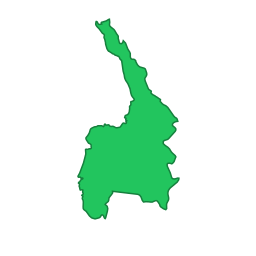 Niari, Albers equal-area conic projection, rotated 199°
{"feature_id": "COG-3345", "entity_name": "Niari", "entity_type": "Region", "adm_level": 1, "iso_a3": "COG", "parent_name": "Republic of the Congo", "parent_adm1": "", "projection": "albers", "projection_center": [12.665, -3.355], "detail": "fine", "context": "isolated", "style": "filled", "palette": "green", "viewbox_px": 256, "rotation_deg": 199, "n_neighbors": 0, "source": "natural_earth", "source_scale": "10m", "svg_char_len": 5475}
<svg xmlns="http://www.w3.org/2000/svg" viewBox="0 0 256 256"><g transform="rotate(199 128 128)"><path d="M181.0,224.8L179.7,222.0L179.2,219.8L178.9,219.1L178.3,218.5L177.4,218.0L173.5,216.6L172.4,215.9L169.4,213.3L167.8,212.2L167.1,211.6L166.4,209.5L165.2,207.8L164.7,206.9L163.4,205.3L161.8,205.5L160.8,206.9L160.9,209.0L158.0,207.5L153.9,202.6L151.4,200.6L150.1,199.2L149.0,196.1L148.1,194.8L147.1,194.3L146.3,194.4L145.6,194.7L144.6,194.9L143.7,194.7L142.6,194.1L142.3,193.4L140.6,191.7L139.4,190.7L138.7,190.3L137.8,189.9L137.1,189.7L136.6,189.6L132.5,189.8L132.1,189.8L131.6,189.7L131.0,189.5L130.5,189.0L128.2,186.0L127.8,185.0L127.6,184.5L127.6,184.0L127.6,183.5L128.2,180.5L128.2,180.1L128.0,179.6L127.6,179.0L127.0,178.0L121.7,171.9L121.2,171.5L120.5,171.1L118.3,170.6L118.0,170.3L117.8,169.9L117.8,169.5L117.8,169.1L117.8,168.9L117.8,168.7L117.4,168.4L116.8,168.1L115.4,167.6L114.6,167.4L113.4,167.3L111.8,166.8L110.2,166.5L108.3,165.9L107.0,165.6L106.6,165.5L106.5,165.1L106.4,164.8L106.4,164.0L106.3,163.7L106.0,163.4L104.9,163.0L103.8,162.2L102.0,161.6L99.9,161.4L99.3,161.3L97.1,160.4L88.6,154.2L86.8,153.3L85.4,153.1L84.8,152.7L84.4,152.4L83.1,150.5L84.2,150.0L85.6,149.0L86.7,147.7L87.2,146.3L86.8,144.9L85.5,144.3L84.1,143.8L82.7,143.0L82.1,141.7L82.3,140.2L85.9,131.7L86.7,130.2L89.5,128.1L90.3,126.8L89.6,124.7L87.2,123.6L84.2,122.8L81.9,121.7L79.4,119.6L78.0,118.8L74.5,117.3L74.0,116.9L73.4,116.4L73.3,116.1L73.4,115.8L73.5,111.4L73.8,110.3L74.6,108.7L75.3,108.3L76.1,108.4L77.6,108.2L79.1,107.3L79.1,105.9L78.2,104.4L73.4,99.3L71.2,96.2L70.2,95.0L68.9,94.6L67.1,95.1L64.6,96.9L63.5,97.1L63.2,95.6L63.8,93.2L63.9,92.8L68.5,85.2L69.1,83.6L69.4,82.3L69.4,81.0L69.1,79.4L68.5,78.0L66.9,75.4L66.4,74.1L66.3,73.0L66.8,69.5L66.6,68.1L65.2,64.4L65.7,63.1L65.8,63.1L68.2,63.2L71.4,64.1L72.2,64.6L72.6,65.1L72.9,65.6L73.4,66.2L75.5,67.8L76.7,68.5L77.7,68.5L78.8,67.9L80.9,65.9L82.3,65.4L84.6,64.9L87.2,64.1L89.2,63.1L89.9,63.5L91.0,64.3L93.2,67.0L95.1,68.3L97.1,68.5L122.1,63.1L121.4,61.7L121.9,59.7L122.7,57.5L123.2,55.7L122.7,53.1L122.8,52.1L123.3,51.2L124.4,49.4L124.7,48.3L122.2,47.2L120.9,45.2L120.4,42.6L119.9,35.8L120.1,34.9L120.8,35.1L121.6,35.9L122.8,37.2L123.9,37.5L124.7,37.1L125.0,36.4L125.0,35.7L125.1,35.2L125.5,34.4L125.8,34.0L126.2,33.6L129.3,31.5L130.0,31.3L133.1,31.2L135.8,32.3L140.0,35.3L140.2,35.5L142.9,36.4L144.0,37.1L144.7,38.7L146.1,43.3L146.7,44.6L147.0,45.1L148.0,46.0L148.3,46.4L148.5,47.9L148.4,47.9L148.4,48.2L148.4,48.6L148.5,48.9L149.7,49.2L149.7,49.6L149.4,50.0L149.3,50.3L149.0,50.8L148.9,51.2L149.1,51.6L149.9,52.4L150.1,52.8L150.2,53.5L150.5,54.6L151.4,54.6L152.9,53.8L153.4,54.3L154.6,56.3L155.2,57.0L155.5,58.7L155.7,59.2L156.2,59.7L156.5,59.7L156.8,59.7L157.0,60.5L156.5,61.0L156.1,61.5L156.0,62.2L155.9,62.7L155.8,63.3L155.5,63.8L155.2,64.3L154.5,64.8L154.2,65.4L154.4,65.8L155.2,65.8L155.9,65.0L156.4,65.5L156.8,65.9L157.2,66.0L157.6,65.9L158.1,65.6L158.5,65.4L159.0,65.4L159.3,65.7L159.6,66.1L159.5,66.7L159.0,69.6L158.7,80.4L159.4,89.4L159.7,90.4L161.0,93.4L161.1,93.8L160.9,94.2L160.4,94.4L159.4,94.6L158.9,94.8L158.1,95.6L157.6,95.8L156.7,96.2L156.4,96.4L156.2,96.7L156.2,97.2L156.4,97.6L156.8,98.4L157.1,99.3L157.3,99.8L157.5,100.1L157.9,100.4L159.3,100.8L160.2,100.8L160.6,101.0L163.5,103.3L164.0,103.8L164.3,104.3L164.5,104.8L164.5,105.3L164.4,105.6L163.6,107.7L163.0,110.6L163.1,114.4L162.9,115.1L162.4,115.9L160.2,118.1L158.4,119.0L157.8,119.5L157.2,120.3L156.2,120.7L155.8,120.8L155.4,120.9L153.9,121.5L153.4,121.6L153.0,121.5L152.1,121.3L151.7,121.3L151.4,121.8L151.4,123.6L151.3,123.9L151.2,124.1L150.7,124.2L150.4,124.0L150.0,123.6L149.6,123.6L149.1,123.8L148.2,124.3L147.7,124.6L147.2,124.7L146.9,124.6L146.1,124.0L145.8,123.9L145.4,123.9L145.0,123.9L144.4,124.0L144.2,124.1L143.1,124.6L142.8,124.7L142.4,124.7L142.0,124.7L140.1,124.4L139.3,124.4L138.9,124.5L138.6,124.6L138.2,124.8L137.2,125.4L136.4,125.8L136.2,125.9L136.0,126.1L135.7,126.4L135.6,126.7L135.5,126.9L134.8,129.6L134.4,130.7L134.3,130.9L134.1,131.1L133.9,131.2L133.5,131.3L132.3,131.3L132.1,131.3L131.8,131.5L131.5,131.6L131.3,131.8L131.2,132.5L132.0,133.3L131.6,134.1L131.6,134.5L132.2,134.5L132.7,134.8L132.9,135.3L132.9,136.0L133.2,136.6L133.8,136.6L134.4,136.6L134.6,136.8L134.6,138.9L133.0,140.3L132.5,141.1L132.3,141.5L132.2,142.0L132.1,142.7L132.1,143.8L132.8,147.0L133.5,148.7L133.5,149.2L132.9,150.3L133.0,151.3L133.1,151.8L133.9,153.5L133.7,154.0L133.3,154.2L132.9,154.4L132.5,154.7L132.1,155.2L131.7,155.8L131.3,156.7L131.5,157.2L131.9,157.6L133.8,158.8L134.7,159.5L135.2,159.9L136.6,161.8L138.9,165.8L142.3,169.6L142.7,170.0L145.6,172.2L146.9,173.6L147.7,174.7L148.9,177.0L151.1,180.2L155.6,189.0L156.2,189.9L156.5,190.0L156.9,190.0L157.4,190.3L158.1,190.7L159.1,191.9L159.8,192.4L160.3,192.7L161.3,192.6L162.4,192.8L162.8,192.8L163.3,192.7L163.8,192.7L164.3,192.8L164.7,193.0L165.2,193.2L165.6,193.3L166.5,193.2L167.0,193.2L168.0,193.7L168.4,193.8L168.9,193.8L169.4,193.9L170.4,194.3L171.4,194.3L172.3,194.9L173.7,196.1L176.4,199.9L176.9,201.0L177.3,201.9L177.9,202.7L178.5,203.8L179.2,204.7L179.8,205.3L180.2,205.9L180.3,206.3L180.4,207.4L180.7,208.1L181.0,208.6L181.5,208.9L182.5,209.1L183.0,209.2L187.6,212.4L190.0,213.6L191.1,214.3L191.7,214.8L192.1,215.3L192.4,215.8L192.5,216.2L192.8,218.1L192.8,218.3L192.3,218.5L191.5,218.2L190.3,216.9L189.4,216.5L188.7,216.6L186.7,217.8L187.3,218.4L187.6,218.9L187.4,219.4L186.7,219.8L183.4,222.2L181.7,224.3L181.0,224.8Z" fill="#22c55e" stroke="#15803d" stroke-width="1.5"/></g></svg>